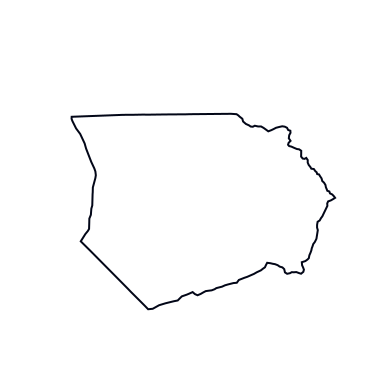 outline of Poço Redondo, Sergipe, Brazil, rotated 240°
{"feature_id": "56859067B19091315628692", "entity_name": "Poço Redondo", "entity_type": "district", "adm_level": 2, "iso_a3": "BRA", "parent_name": "Brazil", "parent_adm1": "Sergipe", "projection": "natural_earth1", "projection_center": [-37.757, -9.851], "detail": "fine", "context": "isolated", "style": "outline", "palette": "ink", "viewbox_px": 384, "rotation_deg": 240, "n_neighbors": 0, "source": "geoboundaries", "source_scale": "gbopen_adm2", "svg_char_len": 2334}
<svg xmlns="http://www.w3.org/2000/svg" viewBox="0 0 384 384"><g transform="rotate(240 192 192)"><path d="M208.9,78.6L204.9,71.0L192.5,74.4L158.6,83.3L140.3,88.1L135.8,89.2L124.7,92.2L117.2,94.2L112.4,95.4L110.5,99.6L110.4,106.9L108.9,113.3L107.6,117.8L106.5,121.6L105.2,125.4L106.0,128.3L106.7,131.0L105.7,136.2L105.4,138.6L105.0,142.5L102.1,143.5L99.8,145.2L99.4,148.5L99.4,151.6L99.3,154.3L98.3,156.8L97.0,159.9L96.5,163.0L96.6,165.0L95.0,170.7L94.7,173.9L93.9,177.1L92.4,182.4L91.0,185.4L92.4,188.6L91.9,191.8L91.5,194.5L90.9,197.5L90.4,202.1L90.1,204.7L90.1,207.9L89.7,212.5L90.1,215.1L90.3,217.5L91.6,219.3L93.1,221.7L91.2,224.2L89.4,226.1L88.1,227.7L85.8,229.6L83.6,230.6L81.5,232.6L79.1,233.3L75.9,232.3L73.6,233.5L72.7,236.3L72.7,238.3L71.6,240.0L70.5,242.3L68.2,244.2L66.7,245.6L67.2,248.5L68.8,250.1L71.2,250.5L73.5,250.7L76.3,252.0L75.5,255.6L75.8,258.4L76.3,260.1L78.5,262.0L80.2,264.3L81.8,266.2L83.4,267.6L84.5,269.0L86.3,271.0L87.3,273.4L89.3,276.4L96.1,281.9L98.6,282.5L101.0,283.9L103.4,285.9L103.5,288.4L104.8,290.5L105.8,292.8L107.2,294.8L112.3,302.3L114.5,303.4L115.8,305.2L115.3,308.0L115.3,310.8L115.4,313.0L117.3,312.8L119.8,312.2L121.8,310.8L123.8,311.2L125.4,309.8L127.3,310.1L129.1,310.3L131.4,311.1L134.1,311.0L136.4,310.3L139.0,311.0L141.6,310.8L143.7,310.8L144.9,309.4L146.7,309.8L148.5,309.2L151.0,309.0L152.5,307.0L154.5,307.0L157.1,306.6L159.6,306.9L161.8,308.2L164.4,308.0L164.4,306.1L165.6,304.6L168.1,304.2L170.9,305.9L173.1,307.2L175.4,306.1L176.8,304.3L179.2,302.5L181.7,300.7L183.2,299.1L184.9,298.8L186.3,300.3L187.0,302.9L190.1,302.7L192.6,304.6L194.0,306.9L195.9,307.8L197.6,306.3L200.1,306.4L202.2,305.0L203.8,303.0L204.7,300.1L205.6,296.9L205.7,294.2L205.9,291.6L206.4,288.4L209.4,287.1L211.8,286.0L214.2,284.6L215.8,281.9L218.0,279.5L218.1,277.3L219.4,275.5L221.2,274.7L224.0,272.7L227.5,271.5L230.3,272.2L233.5,270.9L235.2,270.4L237.1,269.5L240.2,264.9L260.6,228.8L262.2,225.8L272.6,207.5L281.9,190.9L282.9,189.4L287.7,180.7L293.5,170.5L294.7,168.2L317.3,125.4L315.6,124.3L313.3,123.9L305.0,123.4L298.2,124.2L287.7,123.3L285.4,122.7L282.6,122.0L268.4,119.8L261.3,119.2L258.1,118.6L254.6,117.1L252.4,115.3L245.5,108.4L241.4,105.9L239.8,104.8L230.2,98.9L227.9,96.5L222.8,93.0L220.3,89.8L217.0,87.8L211.5,84.4L210.4,82.5L208.9,78.6Z" fill="none" stroke="#020617" stroke-width="2"/></g></svg>